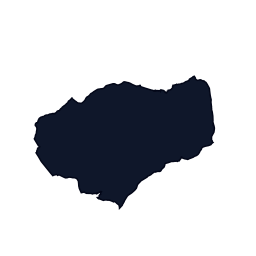 outline of Ticusu, Brasov, Romania, rotated 127°
{"feature_id": "2599482B19489151240121", "entity_name": "Ticusu", "entity_type": "district", "adm_level": 2, "iso_a3": "ROU", "parent_name": "Romania", "parent_adm1": "Brasov", "projection": "orthographic", "projection_center": [25.069, 45.937], "detail": "fine", "context": "isolated", "style": "filled", "palette": "ink", "viewbox_px": 256, "rotation_deg": 127, "n_neighbors": 0, "source": "geoboundaries", "source_scale": "gbopen_adm2", "svg_char_len": 5592}
<svg xmlns="http://www.w3.org/2000/svg" viewBox="0 0 256 256"><g transform="rotate(127 128 128)"><path d="M193.0,196.3L193.3,195.7L196.1,188.8L196.1,187.2L196.9,187.1L198.5,188.0L198.9,187.8L199.2,187.3L199.6,187.4L201.0,187.1L202.9,186.0L203.2,186.3L204.7,182.3L206.9,177.1L210.4,163.3L211.3,159.4L210.3,158.9L208.0,157.0L208.2,155.7L207.5,155.4L206.8,154.6L205.7,148.9L205.3,147.7L203.9,146.3L202.9,145.8L201.8,144.1L200.9,142.1L200.0,141.0L199.4,139.4L199.3,138.1L199.8,136.9L200.1,135.9L201.5,134.5L204.0,132.3L205.6,130.4L207.8,126.4L205.4,124.3L205.5,123.5L205.2,121.9L202.6,118.3L201.9,116.5L200.7,115.9L200.3,115.0L199.7,114.4L198.5,113.5L199.0,113.2L197.9,112.7L196.5,112.2L196.0,111.8L194.9,111.5L194.9,110.9L195.4,111.1L196.0,110.8L196.8,110.6L197.5,109.9L198.4,110.4L199.3,110.4L200.2,109.6L201.0,109.6L202.0,110.6L202.2,109.9L202.1,108.5L201.7,108.0L201.1,105.9L200.6,104.1L199.3,103.1L198.2,101.5L197.7,100.5L197.0,99.8L196.5,98.4L195.8,95.9L195.8,95.2L195.0,94.6L194.6,93.6L194.9,91.5L194.9,89.6L195.0,88.6L195.6,88.2L195.9,87.6L197.2,86.5L195.6,86.3L194.7,86.3L193.6,86.1L192.8,86.2L192.0,86.5L191.1,86.5L190.3,86.7L189.5,86.7L188.1,87.1L184.0,87.5L183.6,87.5L183.1,87.6L181.5,87.4L178.5,86.3L177.1,85.9L173.6,85.2L171.1,85.1L169.8,85.5L167.9,86.2L166.5,86.3L163.3,85.9L162.5,85.9L155.7,83.2L154.8,83.3L151.6,81.7L149.7,81.3L147.6,80.6L146.2,79.7L146.4,79.3L145.4,78.8L144.3,77.6L143.9,76.9L143.3,76.3L142.2,76.0L141.4,76.2L140.2,76.2L137.6,75.7L136.0,76.1L135.4,76.5L134.9,76.7L133.9,76.9L132.8,76.1L131.7,75.2L129.6,73.8L128.8,73.4L128.2,72.6L127.2,71.4L126.9,71.1L126.6,71.1L126.4,71.0L126.3,70.6L126.0,70.1L125.4,69.6L125.2,69.3L125.1,68.6L124.8,68.3L124.0,68.0L123.3,67.3L122.5,67.7L122.1,67.4L121.6,67.5L120.6,67.4L120.2,67.4L119.1,67.9L118.9,67.3L119.1,66.0L118.6,64.7L118.4,64.0L117.5,62.4L117.3,61.6L117.0,61.3L115.4,60.5L114.4,59.8L111.9,58.3L110.8,58.0L108.7,56.7L107.0,56.2L105.6,56.2L104.4,56.3L103.5,56.6L101.0,56.6L99.4,57.1L98.5,56.9L97.5,56.3L96.0,55.3L93.5,53.1L91.4,51.8L89.8,51.8L88.4,51.4L88.4,51.9L88.2,52.3L87.6,53.0L87.4,53.7L87.4,54.0L85.0,55.8L84.2,56.2L79.6,56.9L76.7,58.5L75.8,59.2L74.1,61.2L74.5,61.6L73.8,62.0L73.1,62.5L72.1,63.9L71.1,64.5L67.4,67.5L64.6,70.3L63.1,72.2L62.7,72.6L62.4,72.7L61.7,73.4L61.4,73.7L61.0,73.9L58.1,76.7L57.3,77.4L56.0,78.2L55.1,78.9L54.8,79.3L54.1,80.2L53.0,81.4L52.4,82.1L49.0,85.4L48.2,86.1L47.6,86.7L47.2,87.3L45.5,91.0L44.7,93.2L44.8,93.7L44.8,94.1L44.7,95.8L45.1,95.9L45.4,96.9L45.6,97.5L45.6,98.2L45.9,99.1L46.3,99.6L47.4,100.4L48.2,101.3L48.4,101.9L48.4,102.4L48.3,103.3L48.2,103.6L47.5,104.4L46.8,106.2L47.9,106.9L49.1,107.0L50.0,107.5L50.9,107.8L51.7,108.2L52.0,108.3L53.1,108.1L53.5,107.8L53.9,108.2L54.2,108.4L54.9,108.8L55.2,108.8L55.8,109.5L56.7,109.9L58.9,110.7L59.3,111.1L59.6,111.3L60.0,111.6L60.3,111.8L60.4,112.2L60.8,112.3L61.5,112.6L61.9,113.0L62.2,113.6L63.2,114.4L63.3,114.5L63.7,114.7L63.8,114.8L63.9,115.0L63.8,115.4L64.3,115.5L64.7,115.9L64.8,116.1L65.5,116.6L66.2,116.8L66.4,116.9L66.5,117.5L66.7,117.8L66.9,117.8L67.3,117.4L68.0,117.4L68.7,116.6L69.1,116.7L69.9,116.7L70.8,116.8L71.4,116.8L72.7,117.6L73.0,117.9L73.4,118.2L73.5,118.4L73.7,118.2L74.0,118.2L74.2,118.3L74.7,118.7L74.9,118.8L75.1,118.8L75.7,118.5L76.8,118.3L77.0,118.8L77.2,119.3L77.3,119.7L76.7,120.2L76.7,121.2L76.7,121.5L76.6,121.9L76.9,122.8L77.2,123.1L77.3,123.9L77.8,123.9L78.1,124.1L78.1,124.3L78.1,124.6L78.3,124.5L78.8,124.7L79.0,124.6L78.8,125.0L79.2,125.2L79.7,125.9L80.0,125.9L80.2,126.1L80.3,126.3L80.1,126.5L80.6,127.2L81.1,127.5L81.3,127.7L81.2,127.9L81.3,128.1L81.2,128.4L81.7,128.9L81.8,128.8L81.8,128.5L81.8,128.3L81.9,128.2L82.0,128.3L81.9,128.4L81.9,128.6L82.1,128.7L82.1,128.9L81.8,129.1L82.2,129.4L82.6,129.1L82.8,129.2L83.0,129.8L83.0,130.8L83.5,131.7L85.9,138.3L87.4,142.8L87.2,142.9L87.1,143.2L87.1,143.5L86.7,143.7L86.6,143.9L86.7,144.1L87.9,144.7L88.6,145.5L88.8,145.6L89.0,146.1L89.3,146.3L89.6,146.2L89.6,146.3L90.7,150.9L90.9,152.6L91.1,153.5L91.5,154.8L91.7,155.3L92.0,155.8L92.2,156.2L92.5,157.0L93.0,158.1L93.5,158.9L93.8,159.1L94.3,159.3L94.8,159.4L95.3,159.4L95.8,159.5L96.4,159.9L97.5,160.3L99.0,161.3L99.6,161.5L99.9,162.1L100.6,164.1L100.6,164.9L101.0,165.7L101.7,166.6L107.0,170.6L107.5,170.9L109.3,171.1L110.5,171.1L111.8,171.9L112.2,172.3L113.3,173.5L114.4,174.5L114.9,175.1L115.6,175.6L119.4,177.1L120.5,177.4L121.6,177.7L122.5,178.2L123.2,178.4L124.6,178.4L126.0,178.6L126.5,178.7L127.9,179.4L129.5,179.5L131.4,179.1L132.3,179.1L134.0,179.3L136.3,180.0L136.5,180.1L137.1,181.3L137.4,181.8L137.9,182.5L138.1,183.0L138.2,183.4L138.3,184.2L138.2,185.3L138.3,186.8L138.2,188.5L138.2,190.1L138.2,190.5L137.8,190.7L137.9,190.9L138.1,190.9L138.6,190.8L139.0,190.9L139.8,191.1L141.0,191.1L141.7,191.5L142.1,191.6L142.5,191.7L143.0,191.6L143.2,191.4L144.1,191.3L145.9,191.8L146.2,191.7L146.9,191.8L147.4,191.9L148.4,192.3L150.3,192.8L150.9,193.0L152.0,192.9L152.3,193.0L152.7,193.2L153.5,193.3L154.2,193.3L155.5,193.3L156.0,193.9L157.1,194.6L158.6,194.6L159.7,194.9L160.3,194.8L160.4,195.3L160.6,195.5L160.9,195.3L161.3,195.6L161.5,196.1L161.3,196.2L161.8,196.9L162.1,197.2L162.5,197.3L163.8,198.7L164.2,199.0L165.7,199.7L166.9,201.1L167.8,201.7L168.5,202.0L169.5,202.1L170.1,202.9L170.8,203.2L171.6,204.0L171.9,204.1L172.6,204.1L173.2,204.6L174.5,204.6L175.0,204.3L175.2,204.2L175.7,204.4L176.6,204.0L177.9,203.6L178.3,203.4L178.9,204.3L180.0,204.4L180.7,204.3L181.5,203.7L181.8,203.5L181.9,203.2L181.9,202.5L182.0,202.1L183.0,200.6L184.1,199.8L185.8,199.0L187.2,198.1L188.4,197.7L189.4,197.6L190.2,197.1L191.7,196.5L193.0,196.3Z" fill="#0f172a" stroke="#020617" stroke-width="1.5"/></g></svg>